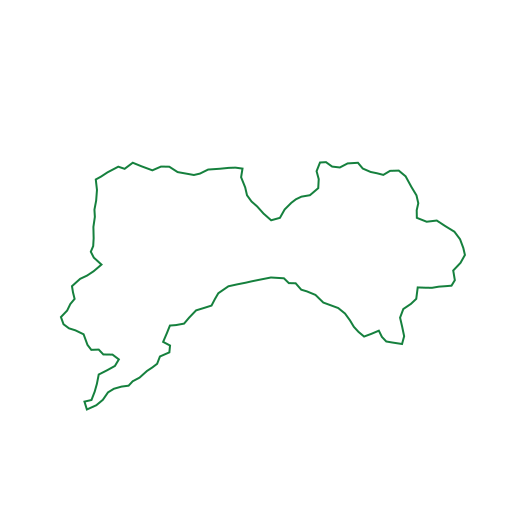 outline of Franco da Rocha, São Paulo, Brazil, rotated 167°
{"feature_id": "56859067B24689122689137", "entity_name": "Franco da Rocha", "entity_type": "district", "adm_level": 2, "iso_a3": "BRA", "parent_name": "Brazil", "parent_adm1": "São Paulo", "projection": "orthographic", "projection_center": [-46.732, -23.313], "detail": "fine", "context": "isolated", "style": "outline", "palette": "green", "viewbox_px": 512, "rotation_deg": 167, "n_neighbors": 0, "source": "geoboundaries", "source_scale": "gbopen_adm2", "svg_char_len": 2100}
<svg xmlns="http://www.w3.org/2000/svg" viewBox="0 0 512 512"><g transform="rotate(167 256 256)"><path d="M394.9,366.6L396.1,356.1L399.3,345.9L403.0,337.5L404.2,330.4L407.9,320.9L410.2,309.8L412.4,302.3L416.0,297.3L414.4,290.9L408.5,282.4L417.6,277.7L425.1,274.9L432.5,273.3L442.1,268.0L442.5,261.8L442.4,255.0L447.7,251.0L452.3,245.3L459.8,240.4L458.9,232.8L454.5,227.6L448.7,224.2L441.6,218.5L440.2,207.3L437.6,201.6L430.3,200.2L426.9,194.4L418.0,192.2L412.9,186.1L418.2,180.6L426.6,178.2L435.9,175.9L439.8,167.2L443.7,160.1L448.7,152.7L455.9,152.7L455.3,144.5L445.2,146.5L437.6,150.3L430.9,156.4L424.4,158.6L416.4,159.0L409.3,158.3L404.3,161.7L396.8,163.7L388.1,168.5L381.9,170.8L376.6,173.2L372.2,179.7L362.1,181.6L359.9,188.1L365.8,193.2L360.1,201.0L355.5,207.6L349.6,206.7L341.3,206.3L335.0,211.0L326.6,216.5L318.0,217.1L310.5,217.7L305.8,223.2L301.1,228.2L289.7,232.7L280.8,232.6L271.9,232.3L266.0,232.3L258.6,232.1L246.3,231.7L233.8,228.0L230.1,222.2L223.5,220.5L219.5,213.0L214.4,210.1L206.8,204.7L200.9,195.5L193.7,190.8L187.6,186.8L182.2,179.9L178.9,172.1L176.6,165.0L173.2,159.0L168.8,153.2L161.1,154.2L153.1,155.6L151.5,148.8L148.3,143.4L142.8,141.1L133.5,137.4L129.7,144.5L129.5,154.2L129.5,163.5L124.4,171.2L115.8,174.5L109.5,178.2L105.5,189.0L97.4,186.8L91.5,185.4L84.7,185.0L78.4,184.0L72.2,183.1L67.7,187.7L67.1,197.5L58.3,203.3L52.2,210.0L52.2,217.1L53.4,226.4L57.2,235.0L65.2,242.9L71.9,249.9L82.0,251.0L90.7,257.0L89.1,264.5L86.0,270.9L86.0,279.0L89.1,288.5L92.3,300.0L97.7,307.1L106.2,308.8L113.7,306.4L119.5,309.4L125.4,312.1L132.3,317.2L135.7,323.9L145.9,325.6L154.4,323.4L161.7,326.0L166.7,331.7L172.6,332.7L177.9,325.0L177.6,316.8L180.1,308.1L189.8,303.1L198.4,303.6L204.3,302.3L209.6,299.9L217.6,294.9L224.1,287.8L233.2,287.4L239.1,295.6L243.7,304.0L248.1,310.1L251.1,317.2L251.1,325.3L252.8,336.1L249.5,344.2L256.1,346.7L262.7,348.0L271.3,349.1L283.2,351.0L292.1,348.9L298.3,348.9L313.5,355.4L320.4,362.5L328.4,364.5L337.7,362.8L347.6,369.3L355.1,374.6L364.4,370.5L370.1,374.0L381.9,370.9L389.2,368.2L394.9,366.6Z" fill="none" stroke="#15803d" stroke-width="2"/></g></svg>